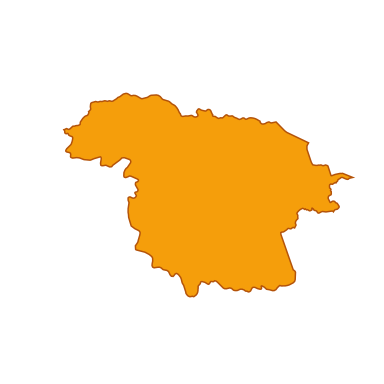 Bolívar, Mercator projection, rotated 23°
{"feature_id": "VEN-39", "entity_name": "Bolívar", "entity_type": "State", "adm_level": 1, "iso_a3": "VEN", "parent_name": "Venezuela", "parent_adm1": "", "projection": "mercator", "projection_center": [-63.762, 6.004], "detail": "fine", "context": "isolated", "style": "filled", "palette": "amber", "viewbox_px": 384, "rotation_deg": 23, "n_neighbors": 0, "source": "natural_earth", "source_scale": "10m", "svg_char_len": 6069}
<svg xmlns="http://www.w3.org/2000/svg" viewBox="0 0 384 384"><g transform="rotate(23 192 192)"><path d="M334.3,115.8L331.3,118.0L331.0,119.0L330.0,119.7L328.3,119.9L324.9,119.8L324.1,120.1L323.5,120.6L322.7,122.1L321.6,123.5L321.7,125.1L321.1,126.2L321.2,126.7L321.1,127.3L320.7,127.5L320.1,127.4L319.9,127.6L318.3,130.0L316.5,130.5L315.9,131.6L316.2,132.8L317.1,134.5L318.2,134.8L318.7,135.2L318.9,135.4L318.9,136.3L319.0,136.7L320.0,137.2L321.0,139.4L321.0,140.3L319.9,141.5L319.4,142.6L319.4,143.7L320.0,144.9L323.2,147.6L323.7,147.5L324.6,146.0L325.2,145.4L326.1,145.0L327.1,145.0L328.4,145.7L330.1,145.7L333.0,147.7L333.3,148.4L333.3,149.0L332.8,150.4L332.5,151.0L330.6,152.4L330.3,153.0L329.9,155.0L329.3,154.6L328.2,154.9L323.1,158.0L319.6,159.0L318.9,159.6L317.1,161.8L316.3,162.1L315.7,161.9L314.3,161.0L313.5,160.8L311.7,161.1L311.2,160.9L310.3,160.2L308.9,159.9L308.7,160.1L308.8,160.5L309.2,161.1L309.3,161.8L307.9,163.3L307.1,163.4L305.3,163.1L304.5,163.7L302.9,163.3L302.5,164.0L300.9,163.7L300.1,163.9L298.5,165.8L297.8,167.2L297.2,168.7L296.9,170.0L297.0,170.9L298.5,172.1L299.2,173.9L299.8,174.8L299.8,175.5L299.2,176.8L298.9,178.8L299.5,180.7L300.2,181.1L300.7,181.9L300.5,185.0L298.9,185.1L298.4,185.6L297.6,187.1L297.1,187.4L295.1,187.8L294.6,188.1L293.8,190.0L291.9,192.9L290.0,194.1L289.6,194.6L290.3,196.2L315.6,224.1L316.7,224.3L317.8,224.7L318.6,225.4L321.2,232.3L321.4,234.2L320.6,236.1L317.9,239.4L316.4,240.7L314.6,241.9L310.8,243.6L309.4,243.7L309.1,244.1L308.0,246.6L307.4,249.1L306.2,250.6L304.8,251.3L301.5,251.7L298.6,252.4L295.9,251.4L293.5,251.1L292.8,251.2L292.5,251.7L293.6,253.2L293.7,254.1L293.1,254.7L292.1,255.0L290.2,255.3L287.1,255.2L285.4,255.9L284.8,257.0L284.6,260.0L284.4,260.5L283.8,261.4L282.8,262.0L281.6,261.8L279.9,262.3L278.3,261.8L276.1,261.9L274.4,262.6L272.4,264.8L271.0,265.6L269.3,266.1L268.4,266.1L266.1,265.3L264.3,265.5L261.3,267.7L259.6,268.3L258.1,268.1L250.5,265.0L248.8,264.6L247.4,264.9L247.1,265.8L246.6,266.3L244.5,266.9L244.1,267.3L244.0,268.8L243.5,270.4L242.4,270.6L239.2,270.1L236.2,270.5L235.4,271.0L235.2,271.6L235.4,273.3L234.5,275.9L234.6,276.9L235.2,277.9L235.4,278.9L236.0,280.4L236.4,282.1L236.4,283.7L236.0,285.3L234.6,287.6L234.2,287.8L233.2,287.8L231.2,289.1L230.5,289.3L228.9,289.2L228.1,288.9L226.2,287.8L225.1,286.2L220.9,281.3L218.5,279.5L216.2,276.4L214.8,275.0L212.2,273.5L210.6,273.0L209.3,273.1L208.4,274.3L208.1,275.8L207.6,277.1L205.9,277.6L204.2,276.8L201.5,274.4L199.5,274.0L196.6,274.6L195.6,274.7L193.2,273.9L191.5,273.9L189.8,274.7L186.7,276.6L185.1,276.5L184.0,275.4L183.4,273.7L182.8,270.9L181.6,268.3L180.7,267.5L179.7,267.0L177.0,266.2L172.1,265.8L163.2,267.1L162.5,266.8L160.9,263.6L161.6,260.4L161.7,258.8L161.4,257.4L160.8,252.2L160.4,250.4L160.1,249.7L159.6,249.1L158.7,248.5L157.3,248.3L153.7,248.1L149.3,247.0L143.6,240.1L142.4,237.7L141.1,235.6L139.7,232.2L138.2,226.4L136.5,224.6L135.8,223.2L135.5,222.3L136.1,221.2L137.0,220.7L139.6,220.8L140.7,220.5L141.7,219.6L142.3,218.0L142.2,217.1L140.0,215.4L139.7,214.9L139.9,214.3L141.2,213.4L141.7,212.2L141.6,211.3L141.3,210.8L137.4,207.8L136.9,207.1L136.5,205.9L136.5,205.2L138.0,203.6L138.2,202.6L138.1,202.0L137.6,201.6L136.4,201.4L129.6,201.3L128.2,201.7L127.0,203.1L125.6,204.4L125.1,204.7L123.9,204.8L123.2,204.2L122.9,203.7L121.8,200.8L121.7,198.2L122.1,196.1L122.9,194.7L124.0,189.2L123.9,188.2L123.6,187.6L122.7,186.8L121.9,186.5L116.8,186.8L116.0,187.0L114.2,188.0L113.0,190.9L108.7,198.2L108.2,200.0L107.6,200.5L106.3,201.1L102.5,201.0L101.9,201.2L99.6,202.7L98.4,203.1L97.7,203.0L97.4,202.7L96.5,201.1L95.5,196.8L94.8,195.8L94.4,195.5L93.9,195.4L88.9,199.5L86.2,202.2L85.5,202.6L79.9,204.4L75.0,204.6L72.4,205.4L68.9,207.4L67.8,207.5L66.9,207.4L66.4,207.0L65.6,204.6L64.8,203.8L64.1,203.6L63.2,203.7L61.0,204.1L60.1,203.9L59.7,203.4L59.6,202.5L59.8,201.1L61.9,196.0L62.1,195.0L61.9,192.0L61.3,189.4L60.8,188.4L60.1,187.9L57.6,188.0L56.4,187.8L55.2,186.8L54.7,186.6L53.5,187.5L52.6,187.6L51.8,187.2L51.0,185.6L49.7,184.7L50.6,184.0L51.5,182.8L52.0,182.6L53.7,182.7L54.5,182.3L55.0,181.5L56.6,178.0L58.1,177.3L59.3,176.2L61.1,175.3L62.3,174.1L62.6,173.5L61.9,171.3L62.7,167.0L63.7,164.5L64.4,163.6L65.8,162.3L66.1,161.2L66.1,159.7L65.9,158.9L65.4,158.5L66.4,156.0L66.3,155.1L65.2,153.4L64.6,151.6L64.2,149.9L64.9,148.8L68.0,146.3L69.7,146.1L70.5,145.8L72.0,144.5L73.8,143.9L75.9,142.2L76.8,141.9L78.8,141.6L80.0,140.5L80.7,140.2L82.3,140.0L83.1,139.7L83.8,139.0L86.2,135.5L86.8,134.0L88.3,132.5L90.5,128.7L92.7,127.0L93.8,126.7L94.8,126.7L98.0,127.2L98.8,127.0L100.4,125.9L102.2,125.3L104.1,125.3L108.0,125.8L109.0,125.8L109.8,125.5L114.0,122.3L115.8,119.7L116.5,119.0L121.3,116.6L123.3,116.2L125.5,116.6L128.2,118.0L129.3,118.2L134.8,117.6L136.0,117.7L139.3,118.8L141.7,119.0L142.9,119.3L145.1,120.4L147.1,121.8L149.5,124.0L150.6,124.5L152.0,126.0L152.6,126.2L153.4,126.2L154.1,126.0L156.4,124.5L158.7,123.6L161.3,121.8L162.0,121.6L164.7,122.0L165.8,121.7L166.9,121.0L167.6,120.0L167.5,118.9L166.7,118.1L164.9,116.8L164.7,115.6L165.3,113.3L165.8,112.8L166.5,112.7L168.7,113.0L172.6,112.3L173.1,112.0L173.4,111.5L174.2,110.0L175.3,109.4L176.6,109.4L177.4,109.8L179.9,112.2L180.9,112.8L181.1,113.7L181.6,114.0L182.3,113.9L183.9,113.4L186.4,113.9L187.7,113.9L188.4,113.4L189.2,112.6L191.1,111.9L191.4,111.5L192.9,108.2L193.3,107.7L194.0,107.4L196.0,107.8L197.3,107.3L199.1,106.3L199.7,106.2L201.9,106.7L204.4,106.6L206.7,106.8L207.4,106.6L208.4,105.8L209.7,104.1L210.3,103.8L211.0,103.6L213.0,104.1L213.8,103.6L215.4,101.8L216.2,101.2L217.2,100.7L219.2,100.1L221.1,99.8L223.1,99.8L227.0,100.3L227.6,101.3L228.6,101.8L229.8,102.0L230.9,101.7L232.6,100.5L233.7,98.9L235.2,97.6L235.7,97.4L237.2,97.6L238.1,97.4L242.0,94.7L253.3,99.4L255.9,100.1L280.1,101.2L279.8,104.3L280.0,105.2L281.2,107.9L289.7,117.5L291.2,118.9L292.7,119.8L295.7,119.1L297.0,118.5L298.1,117.7L298.9,117.5L300.1,116.7L301.7,116.7L302.7,116.4L304.5,114.9L306.4,114.8L307.0,115.0L313.3,122.3L313.8,122.6L314.5,122.2L316.9,119.9L321.1,117.0L322.3,116.6L323.3,116.0L334.3,115.8Z" fill="#f59e0b" stroke="#b45309" stroke-width="1.5"/></g></svg>